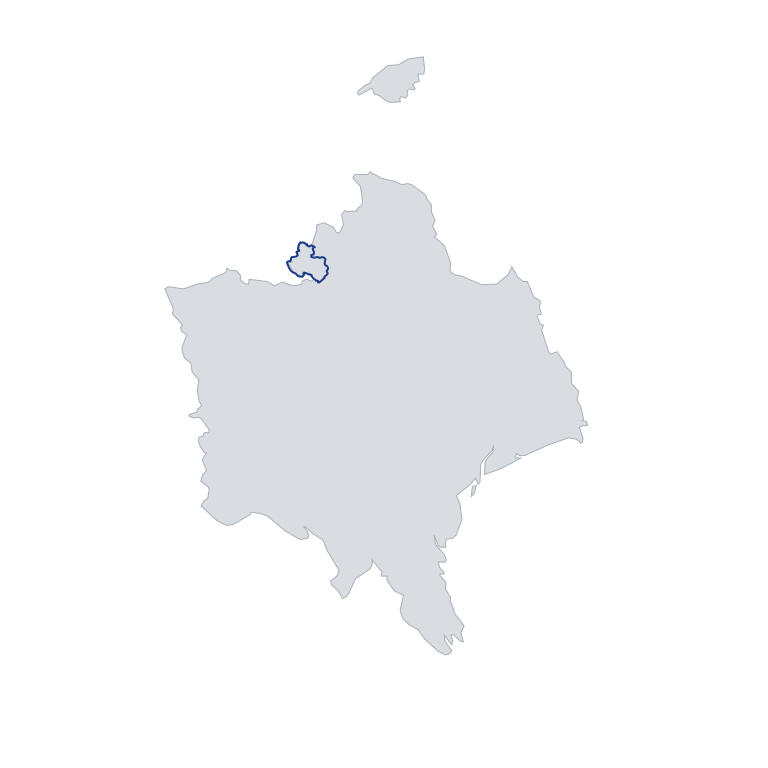 location of Haute-Savoie within France, rotated 235°
{"feature_id": "FRA-5302", "entity_name": "Haute-Savoie", "entity_type": "Metropolitan department", "adm_level": 1, "iso_a3": "FRA", "parent_name": "France", "parent_adm1": "", "projection": "robinson", "projection_center": [6.477, 46.07], "detail": "medium", "context": "in_parent", "style": "outline", "palette": "blue", "viewbox_px": 768, "rotation_deg": 235, "n_neighbors": 0, "source": "natural_earth", "source_scale": "10m", "svg_char_len": 5606}
<svg xmlns="http://www.w3.org/2000/svg" viewBox="0 0 768 768"><g transform="rotate(235 384 384)"><path d="M569.2,321.4L564.8,323.4L562.2,327.6L559.4,328.6L554.3,328.6L551.9,326.0L545.9,327.7L543.4,330.4L547.1,333.6L535.0,347.0L527.4,350.5L525.7,359.2L516.7,365.7L513.3,372.6L513.0,374.0L515.3,376.2L514.3,380.7L509.7,383.6L509.8,386.5L511.1,386.9L518.1,384.6L520.7,381.9L519.4,378.3L526.4,373.9L539.0,375.0L540.5,380.9L538.9,385.9L548.0,396.7L540.1,401.7L539.6,405.0L547.8,415.9L552.9,420.4L550.2,427.6L541.5,432.3L536.0,431.9L533.7,433.1L533.9,435.4L537.7,442.1L547.1,446.4L548.5,451.4L545.9,453.2L541.6,460.8L543.5,464.6L542.8,466.3L543.7,468.9L546.2,471.4L559.1,477.9L570.9,476.7L572.4,480.4L565.2,490.4L565.6,494.9L562.0,494.9L561.4,496.5L554.2,499.8L542.5,509.9L537.0,512.9L534.8,518.0L531.6,520.9L514.8,526.6L511.6,525.3L503.4,525.5L498.4,521.8L488.6,519.5L485.4,514.2L476.3,513.2L475.8,509.6L462.9,512.9L444.9,508.0L438.6,502.8L433.4,504.2L428.7,508.8L409.1,521.1L401.2,533.8L402.4,548.7L406.8,556.0L394.9,554.8L387.8,557.0L385.9,560.1L369.2,556.5L362.9,559.5L361.2,559.3L359.1,556.2L350.9,552.7L352.2,550.2L351.2,548.1L343.5,546.3L340.7,548.4L337.9,544.1L316.3,537.4L312.8,537.5L311.2,544.2L297.3,544.0L295.3,542.8L286.3,544.2L276.9,538.0L266.2,539.2L259.9,532.7L253.5,532.3L244.7,529.0L240.7,527.2L240.2,525.3L237.5,528.2L234.2,527.6L233.5,526.7L235.8,523.1L236.3,519.0L225.3,515.9L222.4,512.9L222.4,511.3L228.5,509.9L234.1,504.2L240.0,483.3L244.6,458.6L247.5,453.9L251.0,452.7L248.3,449.3L244.8,453.7L247.6,431.2L252.2,414.4L261.3,421.3L263.3,424.3L265.7,434.2L270.8,438.4L267.6,434.4L264.7,421.1L262.7,417.3L248.4,406.2L247.9,403.7L254.4,405.0L252.1,396.7L251.2,379.3L242.3,377.5L228.4,370.1L219.0,356.7L218.1,351.7L221.0,346.5L218.8,343.1L214.8,340.8L218.2,336.3L221.1,335.8L231.3,338.4L223.1,334.1L209.4,335.6L204.0,334.1L203.2,330.9L207.1,326.9L202.6,324.4L194.8,325.0L193.9,323.9L196.3,321.0L194.4,319.9L188.0,321.0L184.4,320.1L181.2,316.8L171.0,316.1L168.8,314.2L154.8,310.3L140.0,311.0L136.2,304.4L127.4,301.2L129.3,299.1L138.4,297.2L140.2,295.3L133.8,292.6L131.6,289.9L143.7,289.3L138.4,286.4L126.7,286.6L125.4,282.7L127.1,278.6L134.1,275.0L151.3,271.1L163.6,270.9L172.5,266.3L181.2,265.0L189.2,267.3L199.8,278.8L208.8,273.7L221.9,273.9L224.5,276.7L228.3,271.5L231.0,274.5L247.1,273.5L243.5,271.5L240.6,266.6L240.7,248.7L233.1,235.7L231.3,231.0L231.9,227.0L241.4,227.7L249.4,225.9L253.2,227.1L253.8,235.5L256.9,240.3L278.9,241.8L291.5,244.5L302.3,239.7L312.4,237.6L313.2,236.5L307.5,236.9L302.3,234.9L301.6,232.7L304.6,226.1L320.1,218.9L342.6,212.8L348.4,208.8L355.2,201.5L353.8,199.7L355.4,180.0L358.9,173.5L367.5,168.9L389.1,164.2L391.7,170.4L391.4,173.9L397.0,179.5L399.8,181.2L409.3,178.2L413.7,183.4L415.0,189.2L426.3,191.6L429.5,199.2L431.6,197.5L438.7,197.8L442.1,198.5L446.6,201.8L445.2,206.3L447.2,208.5L445.1,212.7L446.5,214.5L459.6,214.5L463.6,212.6L465.4,208.4L469.4,205.9L470.9,206.7L468.3,214.5L470.1,216.6L471.0,222.3L475.9,222.7L485.6,227.2L493.7,234.8L503.7,233.6L511.6,237.7L519.8,235.5L527.5,237.9L530.2,240.0L537.4,250.6L542.9,248.5L546.9,249.7L548.1,252.8L562.9,251.0L565.6,254.0L568.6,255.1L587.4,259.0L587.6,263.0L576.9,274.3L572.2,290.4L569.1,295.9L567.9,300.1L568.8,302.9L568.3,307.3L566.1,317.7L567.4,320.8L569.2,321.4ZM639.5,538.9L638.7,545.6L641.4,550.4L642.6,569.8L637.1,579.1L636.3,590.4L629.4,603.8L618.5,597.8L615.2,594.5L618.1,589.4L611.8,586.6L613.2,581.6L612.5,579.1L608.1,578.9L607.8,577.6L611.1,573.7L611.0,571.3L606.7,568.4L605.9,565.7L609.9,562.7L608.1,560.0L605.8,559.3L611.2,550.6L615.0,547.9L623.4,545.4L626.9,542.2L632.5,543.9L633.4,543.1L635.1,529.2L637.0,529.0L638.8,530.8L639.5,538.9ZM249.3,397.6L247.9,401.6L242.5,394.8L241.9,391.0L249.3,397.6Z" fill="#d9dde1" stroke="#a8b0b8" stroke-width="1"/><path d="M548.0,396.7L547.5,396.9L547.1,397.3L546.8,397.9L546.6,398.5L546.1,399.2L545.4,399.7L544.5,400.1L543.8,400.3L542.6,400.3L542.5,401.1L542.3,401.1L542.1,400.8L541.5,400.6L540.5,400.9L540.0,401.1L539.5,401.8L539.3,402.6L539.3,403.4L539.3,403.9L536.7,405.6L535.9,405.6L536.2,404.2L535.6,403.2L534.5,402.7L532.7,402.5L532.1,402.2L530.9,401.2L530.5,400.4L530.7,399.8L531.1,399.3L531.3,398.5L531.2,398.3L531.0,398.0L530.6,397.7L530.2,397.5L529.8,397.4L529.4,397.5L527.6,399.3L527.1,400.0L526.4,401.9L526.0,402.5L524.2,403.7L524.1,403.9L523.5,405.8L522.8,406.7L522.0,407.3L521.0,407.6L520.0,407.6L519.6,407.5L517.9,405.5L516.9,404.7L515.8,404.2L514.6,404.2L514.3,404.3L513.8,404.8L513.5,404.9L512.6,405.0L511.7,404.8L510.9,404.5L510.5,404.3L510.2,403.9L510.0,403.5L509.8,402.6L509.7,402.1L509.1,401.7L507.7,401.5L507.0,401.3L506.5,400.7L506.3,400.1L506.0,396.8L505.6,396.2L505.0,396.1L504.9,394.6L504.4,391.0L504.4,389.0L505.2,388.3L505.6,388.6L505.8,388.9L506.1,389.1L506.7,388.8L506.9,388.5L507.4,387.8L507.7,387.5L508.0,387.5L508.8,387.6L509.2,387.5L510.2,387.0L511.8,386.6L513.5,386.6L514.7,387.1L515.9,386.5L517.8,384.7L520.1,383.3L521.0,382.5L520.9,381.4L520.6,381.3L520.0,381.6L519.6,381.4L519.5,381.2L519.1,380.5L519.1,380.3L518.8,379.5L518.6,379.1L518.8,378.5L520.6,376.4L521.8,375.5L522.9,375.2L524.1,375.1L525.3,374.9L528.4,373.1L530.7,372.7L533.1,372.7L538.5,373.9L539.1,374.2L539.4,374.6L539.5,375.5L539.2,376.2L538.3,377.2L538.1,377.7L538.8,378.7L540.1,379.9L540.9,381.1L539.6,383.3L539.0,384.9L538.7,386.5L539.0,387.2L541.9,387.8L542.4,388.2L542.4,388.6L541.7,389.5L541.8,389.4L541.8,389.9L541.9,390.3L541.8,390.7L541.7,390.9L541.8,391.1L542.1,391.3L542.4,391.3L543.0,390.9L543.3,390.8L544.1,391.1L546.6,393.5L546.9,394.1L547.3,395.0L547.6,395.9L547.8,396.3L548.0,396.7Z" fill="none" stroke="#1e3a8a" stroke-width="2"/></g></svg>